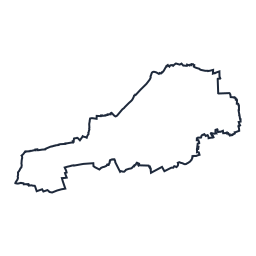 Sam Phran, Nakhon Pathom, Thailand
{"feature_id": "78962969B70843901453071", "entity_name": "Sam Phran", "entity_type": "district", "adm_level": 2, "iso_a3": "THA", "parent_name": "Thailand", "parent_adm1": "Nakhon Pathom", "projection": "orthographic", "projection_center": [100.203, 13.726], "detail": "fine", "context": "isolated", "style": "outline", "palette": "slate", "viewbox_px": 256, "rotation_deg": 0, "n_neighbors": 0, "source": "geoboundaries", "source_scale": "gbopen_adm2", "svg_char_len": 5778}
<svg xmlns="http://www.w3.org/2000/svg" viewBox="0 0 256 256"><path d="M104.3,166.8L106.3,165.9L106.7,165.5L107.2,164.5L107.9,164.4L108.3,165.0L108.6,165.0L109.3,163.2L109.7,162.8L109.6,162.3L109.8,161.6L109.7,161.2L109.9,160.7L110.2,160.6L110.2,160.1L111.1,159.8L111.5,159.5L112.2,159.6L112.8,159.3L113.3,159.6L113.8,159.5L114.1,159.2L114.4,159.3L114.5,159.7L114.8,160.1L115.2,161.2L115.2,162.0L115.3,162.3L120.1,171.8L120.9,171.1L123.1,171.7L124.2,171.7L125.6,170.3L125.9,169.8L128.9,168.8L130.7,168.5L131.6,168.2L132.0,167.8L133.6,166.1L134.0,166.3L134.3,165.5L134.6,165.6L135.0,164.9L135.6,164.8L136.4,163.3L136.9,162.7L138.6,163.5L138.6,163.9L139.1,163.9L139.1,164.1L138.2,164.5L138.1,164.8L138.6,165.6L139.0,165.3L148.6,165.6L149.2,166.7L149.8,166.5L150.2,167.4L149.7,167.7L150.4,168.8L150.8,169.0L150.7,169.4L150.8,169.8L150.7,170.0L151.0,172.8L162.0,166.9L164.4,171.2L171.3,167.7L173.3,167.7L174.0,166.4L174.2,166.2L174.6,166.2L176.5,167.1L177.6,165.9L178.0,165.1L178.1,164.3L178.1,163.6L177.8,162.8L179.3,162.2L180.3,162.6L180.9,162.9L181.8,163.0L183.0,163.5L183.4,163.6L184.0,164.0L184.3,164.1L185.1,164.2L186.4,163.9L186.8,163.5L187.7,163.1L189.7,161.8L190.5,161.1L190.8,160.4L191.1,160.2L191.5,159.9L192.1,158.4L192.3,158.0L192.2,157.7L192.4,157.4L192.5,156.5L192.4,156.2L193.1,155.9L193.6,156.1L194.7,155.9L196.0,156.0L197.8,155.3L199.5,154.8L198.8,152.4L197.8,152.2L197.0,152.3L197.1,151.4L196.9,149.7L197.0,148.7L198.2,148.9L198.5,146.7L197.3,146.6L197.7,143.6L198.9,143.3L199.2,143.2L199.1,142.0L198.7,141.4L198.4,140.2L196.8,140.2L196.9,138.3L197.5,138.3L198.0,137.6L200.8,137.6L201.1,137.5L201.4,136.0L202.1,135.1L203.7,134.4L203.8,134.6L204.3,134.3L204.4,134.5L204.6,134.5L205.8,136.0L207.4,135.1L207.7,135.2L208.5,137.0L208.6,138.2L210.8,137.7L212.7,137.6L213.5,137.3L213.1,136.3L212.9,136.4L212.0,134.9L211.7,135.1L210.8,133.4L210.9,133.2L211.4,133.1L213.5,133.6L214.5,133.7L215.1,133.6L215.5,133.4L216.1,133.4L215.6,132.7L215.4,132.0L215.5,130.0L215.5,129.9L216.2,129.6L217.3,129.3L217.5,129.6L217.6,131.9L218.4,131.8L218.5,131.9L218.7,132.0L220.0,131.6L220.6,131.8L222.9,130.8L223.2,133.2L225.4,133.1L226.8,132.5L227.0,133.5L228.2,133.2L228.5,134.4L229.7,134.3L229.9,135.5L232.3,135.1L232.2,134.6L232.9,134.3L233.2,134.1L234.1,133.9L234.8,133.5L234.7,132.3L235.2,132.3L239.2,130.8L239.0,128.3L238.4,126.3L239.2,126.0L239.0,125.5L240.0,125.2L239.2,123.6L238.7,122.0L240.6,121.6L240.5,120.4L240.6,119.9L240.5,119.0L240.0,118.9L239.7,116.5L239.2,115.3L239.5,115.1L239.1,113.4L238.6,110.6L238.6,110.1L239.0,110.0L238.9,105.4L238.5,105.3L238.2,103.8L236.8,103.7L237.0,100.2L235.8,99.8L235.8,99.6L236.7,99.6L236.6,99.3L236.1,99.3L235.8,98.5L235.5,98.5L235.4,98.0L234.6,97.8L234.8,97.4L234.6,97.2L233.3,97.3L230.7,97.1L230.3,94.4L229.9,93.8L229.6,93.2L229.4,93.1L218.6,93.5L218.4,93.4L218.2,93.3L217.7,78.9L217.9,78.7L220.2,78.6L220.3,78.5L219.5,76.5L219.4,71.4L216.5,72.4L215.0,73.2L214.8,72.9L212.9,73.6L213.1,69.9L210.1,70.7L208.4,71.0L208.0,71.1L207.8,70.8L205.2,70.8L200.9,69.9L199.7,69.3L199.4,68.8L197.0,68.1L195.8,67.7L194.5,67.1L193.8,66.6L194.3,65.1L193.0,64.5L193.0,64.3L191.6,64.1L191.4,64.9L191.0,64.6L190.8,64.8L190.4,64.7L189.9,64.8L189.6,65.5L187.1,64.6L186.9,65.8L186.6,65.8L185.0,65.7L184.8,65.6L183.3,65.6L182.1,64.3L181.5,63.6L179.7,64.6L175.9,63.5L175.7,63.6L174.0,64.9L173.1,65.8L172.2,65.1L171.9,65.3L171.2,65.1L170.5,65.3L170.3,65.3L169.4,66.6L169.2,66.4L169.3,66.1L168.4,66.0L167.8,65.0L167.1,65.5L166.4,66.0L166.5,66.7L165.8,67.1L163.8,70.7L162.3,72.5L161.8,72.3L160.9,73.5L159.6,73.0L158.9,73.9L156.3,72.4L155.3,72.1L154.7,71.9L153.5,71.8L152.6,72.1L151.9,72.7L151.5,73.7L151.0,75.3L150.5,76.3L150.7,77.1L150.6,77.7L149.8,79.4L149.4,80.0L146.4,83.9L140.6,89.6L135.8,94.8L135.2,94.7L135.0,95.3L134.1,95.6L133.6,97.2L132.4,99.5L131.8,100.3L130.8,101.3L128.9,103.0L124.8,107.1L124.0,108.1L122.4,109.3L117.1,115.6L116.1,116.2L115.7,116.4L115.4,116.4L114.1,115.5L111.5,112.8L111.2,112.9L111.2,113.6L110.5,113.7L110.5,114.3L107.6,114.3L107.6,115.0L105.4,115.2L105.4,115.6L102.6,115.8L102.4,115.4L101.0,115.4L100.9,116.1L100.0,116.1L96.7,115.9L96.6,118.8L92.6,118.2L91.4,118.2L90.1,118.5L89.7,120.6L89.7,121.4L89.6,121.7L89.2,124.0L89.4,127.7L89.4,127.9L89.2,128.2L89.2,129.0L89.4,129.5L89.2,130.2L88.9,130.8L88.8,131.5L88.6,132.4L88.3,132.8L88.5,133.3L88.5,134.2L88.1,134.6L87.3,135.9L86.7,137.7L85.5,137.1L83.6,136.7L82.7,136.2L82.4,136.8L79.9,140.3L77.9,138.2L77.1,137.8L76.8,138.0L76.4,138.1L74.1,138.4L74.0,138.5L73.7,140.8L73.7,141.5L72.8,141.3L72.9,142.5L71.6,142.5L67.2,143.3L65.4,143.4L65.4,143.9L60.1,144.2L58.6,144.6L58.6,145.0L55.3,145.4L55.2,145.6L53.8,145.8L53.7,146.0L52.0,146.3L51.9,146.5L50.7,146.6L45.5,148.8L45.5,149.3L45.4,149.4L42.2,149.6L38.5,150.2L37.6,150.2L37.4,149.3L35.6,149.5L35.4,149.5L35.4,150.3L34.2,150.2L31.3,150.9L30.2,150.9L29.8,151.3L29.1,151.2L28.2,151.4L26.0,151.4L25.7,151.8L25.2,151.5L23.2,154.2L21.6,155.6L22.0,156.1L22.2,157.9L21.9,158.9L21.6,161.1L21.6,162.0L21.4,163.4L21.6,164.2L21.7,165.8L21.4,166.8L21.4,167.3L21.2,167.6L20.4,168.4L19.6,170.1L18.8,171.4L18.0,172.3L18.1,174.8L17.7,176.5L18.0,177.9L17.8,178.4L17.5,179.5L15.5,182.5L15.4,183.2L16.8,183.5L17.9,183.6L18.0,183.5L19.0,183.4L20.2,183.0L21.0,183.1L21.1,182.9L23.5,183.3L23.7,184.3L28.0,184.1L27.9,184.7L28.8,184.7L28.9,185.6L31.5,185.3L32.9,185.7L34.7,185.8L35.1,186.4L35.7,188.2L36.7,191.2L42.1,189.3L43.4,191.5L47.4,190.1L48.5,190.9L49.1,191.6L49.6,192.0L52.1,192.5L57.1,190.5L61.4,189.3L65.3,188.6L62.8,181.3L61.9,178.1L65.1,177.9L66.7,177.6L65.5,174.6L65.0,173.0L66.6,172.5L66.1,170.6L64.7,167.5L67.4,166.7L71.0,165.9L71.2,165.7L73.7,165.3L73.9,165.6L77.9,164.9L81.1,164.3L83.6,163.9L93.3,163.2L93.5,166.2L95.1,167.3L99.4,169.5L101.2,167.8L102.2,167.4L102.9,167.1L104.3,166.8Z" fill="none" stroke="#1e293b" stroke-width="2"/></svg>